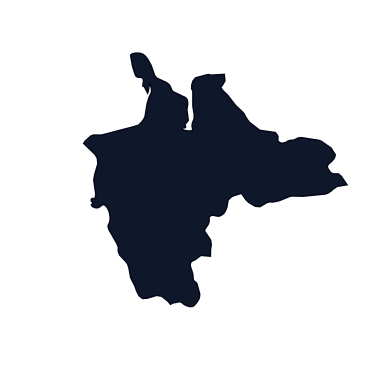 map outline of Bheri (Mercator projection), rotated 33°
{"feature_id": "NPL-1124", "entity_name": "Bheri", "entity_type": "District", "adm_level": 1, "iso_a3": "NPL", "parent_name": "Nepal", "parent_adm1": "", "projection": "mercator", "projection_center": [81.774, 28.487], "detail": "fine", "context": "isolated", "style": "filled", "palette": "ink", "viewbox_px": 384, "rotation_deg": 33, "n_neighbors": 0, "source": "natural_earth", "source_scale": "10m", "svg_char_len": 3148}
<svg xmlns="http://www.w3.org/2000/svg" viewBox="0 0 384 384"><g transform="rotate(33 192 192)"><path d="M235.2,297.9L231.5,296.7L223.3,295.9L218.6,298.0L212.1,305.6L208.5,308.2L204.1,307.8L199.6,305.2L195.2,301.8L187.2,297.2L180.8,290.3L177.4,287.5L173.6,286.1L165.6,284.2L162.4,281.8L160.3,278.4L157.1,276.1L142.9,268.8L140.5,266.8L139.8,265.1L139.6,263.3L138.9,260.6L136.8,257.3L134.0,254.2L130.5,251.7L126.9,250.4L124.4,250.7L123.4,252.4L122.7,254.7L121.3,256.8L119.0,258.0L116.3,258.4L114.6,257.6L115.1,255.0L112.5,254.4L111.5,253.0L112.1,251.5L114.5,250.5L112.4,246.1L103.1,235.4L100.9,230.3L97.7,219.5L94.3,215.3L90.6,213.3L74.7,210.2L74.8,207.2L76.7,200.2L78.5,197.8L83.8,194.5L85.7,193.0L108.1,168.4L109.2,166.9L110.7,165.3L111.7,161.2L112.0,157.5L111.5,154.1L106.3,142.4L104.6,136.6L103.7,130.5L102.1,127.8L100.0,125.8L97.7,124.5L98.3,126.8L100.3,130.9L100.9,133.2L94.5,129.5L93.0,129.9L90.8,125.1L88.9,123.3L86.8,123.6L84.6,124.9L82.4,125.5L79.7,123.9L73.8,119.0L66.0,110.7L66.7,108.5L69.4,106.0L72.8,104.0L75.9,103.2L79.1,103.6L82.5,104.8L88.9,108.2L97.2,114.7L100.4,115.7L110.7,114.2L114.2,114.4L116.0,115.2L119.7,117.6L121.3,118.2L135.3,116.4L138.0,117.4L140.5,120.6L142.9,125.8L149.8,133.9L149.3,139.6L151.1,140.7L151.3,141.7L149.3,143.3L149.3,144.6L150.9,144.6L152.2,144.4L154.8,143.3L158.7,140.9L158.3,138.8L156.1,136.7L154.8,133.9L153.9,129.4L151.7,125.8L146.0,119.5L137.8,106.9L135.5,105.6L133.5,102.3L132.4,98.2L132.8,94.4L140.4,85.9L142.1,84.4L144.4,83.6L155.0,75.8L159.0,80.8L159.3,85.4L159.1,87.1L159.1,88.4L160.0,89.2L163.0,90.3L168.7,91.3L181.7,95.8L190.4,97.3L193.2,98.1L195.6,99.6L199.1,101.2L202.3,102.3L215.2,103.4L229.5,96.8L232.7,97.9L233.4,98.4L233.9,98.7L234.0,98.8L235.0,100.8L235.9,102.0L237.3,102.8L239.4,102.7L241.3,101.9L243.8,99.2L244.7,97.2L245.7,95.8L247.0,94.6L248.5,93.6L249.6,92.3L251.5,89.1L252.7,87.9L254.2,86.8L270.0,79.7L272.5,79.1L284.6,79.4L291.9,82.8L292.6,84.9L292.8,86.5L292.7,88.3L292.4,90.1L292.1,91.4L291.6,92.7L291.2,94.5L291.2,95.6L291.5,96.7L292.2,97.7L293.2,98.4L296.5,99.8L297.8,100.2L299.2,100.2L301.1,99.6L302.4,98.9L302.5,98.8L303.1,98.2L304.8,97.2L308.3,97.5L318.0,101.5L310.6,108.3L308.6,113.1L308.0,115.6L306.6,118.9L304.6,121.3L287.2,135.2L277.9,140.9L276.1,142.7L270.2,151.3L267.0,154.7L265.0,156.5L262.1,158.2L261.2,159.3L260.2,160.7L256.9,167.3L252.8,169.5L245.8,169.8L243.5,169.5L241.3,169.0L234.2,166.1L228.5,173.0L227.3,175.7L226.7,178.5L226.9,180.0L229.4,185.6L230.1,188.3L230.3,192.3L229.6,194.6L228.6,196.6L227.6,197.7L226.8,198.2L222.8,199.8L221.4,200.6L220.3,202.1L220.1,203.4L220.7,205.0L221.6,206.1L222.5,207.7L223.1,209.8L223.1,216.5L224.1,218.2L233.8,222.2L237.0,226.0L238.8,230.1L242.4,235.8L233.9,240.3L231.6,246.8L229.5,250.2L229.3,251.9L229.9,253.8L231.2,255.4L236.1,259.3L237.5,260.6L240.2,264.2L241.3,265.2L242.6,265.6L243.9,265.7L245.4,265.9L246.7,266.8L254.0,273.4L255.3,275.7L256.0,278.0L256.1,281.0L255.8,284.9L255.6,285.8L255.3,286.7L254.8,287.5L253.7,288.5L252.8,289.2L251.1,289.8L247.8,290.5L246.4,290.5L243.4,290.2L242.6,290.2L241.7,290.5L241.0,291.0L236.0,295.9L235.2,297.9L235.2,297.9Z" fill="#0f172a" stroke="#020617" stroke-width="1.5"/></g></svg>